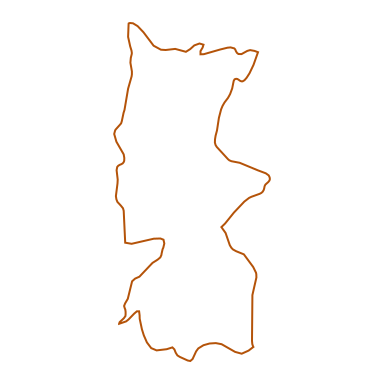 the border of Bhojpur
{"feature_id": "NPL-1134", "entity_name": "Bhojpur", "entity_type": "District", "adm_level": 1, "iso_a3": "NPL", "parent_name": "Nepal", "parent_adm1": "", "projection": "orthographic", "projection_center": [87.293, 27.148], "detail": "fine", "context": "isolated", "style": "outline", "palette": "amber", "viewbox_px": 384, "rotation_deg": 0, "n_neighbors": 0, "source": "natural_earth", "source_scale": "10m", "svg_char_len": 2408}
<svg xmlns="http://www.w3.org/2000/svg" viewBox="0 0 384 384"><path d="M129.9,23.0L133.0,23.3L137.6,26.1L143.5,32.3L153.6,45.7L160.9,49.7L165.7,50.0L175.2,48.9L185.9,51.8L190.2,49.1L194.3,45.4L199.5,43.5L203.5,44.7L202.6,47.6L200.5,51.1L200.5,54.3L203.8,54.2L220.2,49.5L227.5,47.7L230.6,47.4L234.3,48.4L235.2,49.4L235.9,51.1L236.9,52.8L238.4,54.0L241.5,54.1L247.3,50.9L250.1,50.1L254.5,50.9L258.0,52.2L253.5,64.9L249.5,73.3L246.6,77.8L244.5,80.2L242.7,81.3L241.3,81.3L239.9,80.7L238.7,79.8L237.4,79.0L236.1,78.8L234.6,79.3L233.7,80.9L232.2,88.4L230.1,94.1L228.0,97.9L224.5,102.5L222.5,106.0L221.1,109.4L218.9,117.9L217.0,130.4L215.6,135.7L215.0,139.4L214.9,142.6L215.6,145.1L216.8,147.0L228.0,159.2L229.3,160.3L231.4,161.2L239.7,162.8L257.8,170.3L265.8,173.3L268.7,175.4L269.4,176.8L269.8,178.1L269.8,179.5L269.4,180.6L268.3,182.0L265.4,184.6L264.6,186.2L264.2,188.3L263.7,190.0L262.7,191.7L261.4,192.9L259.7,193.8L251.4,196.8L249.1,197.9L244.3,201.6L233.9,212.6L225.1,223.5L221.4,227.1L225.6,233.0L229.8,245.2L231.3,247.7L232.9,249.4L236.1,251.2L243.5,254.2L243.9,254.4L253.2,267.0L256.0,272.7L256.3,274.2L256.4,277.5L252.4,295.1L252.0,340.9L252.3,344.1L253.2,346.9L253.3,347.0L248.6,350.6L241.7,353.7L235.1,351.9L221.6,344.2L215.8,343.1L209.6,343.5L203.5,345.2L198.3,348.4L196.1,351.4L192.6,359.0L190.3,361.0L187.7,360.5L179.8,356.9L177.4,355.4L175.7,352.7L174.4,349.4L172.4,347.4L166.7,349.2L156.6,350.4L151.2,348.1L146.9,342.4L143.8,335.3L141.9,329.2L139.7,318.8L139.6,315.3L139.1,311.3L136.9,311.3L134.2,313.6L128.5,319.5L126.1,321.4L119.1,323.8L119.1,323.7L119.7,322.1L123.8,318.3L125.4,316.1L125.6,314.4L125.6,311.9L125.3,309.6L124.7,308.1L124.1,306.0L125.1,303.4L127.8,298.8L132.1,281.3L135.1,278.6L139.4,276.7L152.5,262.9L157.7,259.6L160.3,257.4L161.4,255.0L161.6,253.6L162.6,249.2L163.3,247.7L164.3,243.5L163.5,239.7L160.4,238.5L153.8,238.7L131.6,243.8L125.2,242.7L123.7,210.8L123.0,208.3L121.0,205.8L117.4,201.9L116.4,199.3L115.9,196.1L117.5,183.4L117.7,179.6L116.6,170.2L117.2,167.0L118.2,165.8L119.6,164.9L121.3,164.2L122.7,163.4L123.7,162.1L124.2,160.8L124.3,158.0L123.7,154.4L116.4,141.7L114.2,134.0L115.0,130.9L115.5,129.7L118.9,125.9L121.1,123.4L121.8,121.2L123.6,112.7L124.5,109.9L128.1,88.7L131.6,76.4L131.9,74.3L131.9,71.4L130.4,62.7L130.8,57.9L131.8,53.8L131.8,52.6L131.5,50.6L130.2,46.4L128.1,36.9L128.6,23.7L128.7,23.4L129.9,23.0Z" fill="none" stroke="#b45309" stroke-width="2"/></svg>